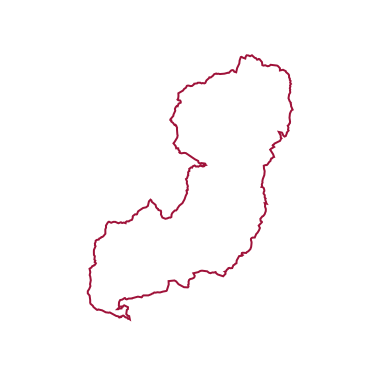 outline of Manzalesti, Buzau, Romania, rotated 230°
{"feature_id": "2599482B39900839669383", "entity_name": "Manzalesti", "entity_type": "district", "adm_level": 2, "iso_a3": "ROU", "parent_name": "Romania", "parent_adm1": "Buzau", "projection": "equal_earth", "projection_center": [26.631, 45.541], "detail": "fine", "context": "isolated", "style": "outline", "palette": "rose", "viewbox_px": 384, "rotation_deg": 230, "n_neighbors": 0, "source": "geoboundaries", "source_scale": "gbopen_adm2", "svg_char_len": 6063}
<svg xmlns="http://www.w3.org/2000/svg" viewBox="0 0 384 384"><g transform="rotate(230 192 192)"><path d="M224.3,341.5L227.1,340.3L228.6,337.5L230.3,338.9L233.1,338.8L234.2,338.4L238.9,334.0L238.9,332.5L239.6,330.9L242.1,329.5L242.8,328.1L243.9,327.4L246.6,329.1L250.4,329.1L251.1,328.5L251.1,327.6L251.5,326.9L253.5,327.0L254.5,326.3L258.2,325.8L258.7,323.8L260.3,323.0L261.6,321.7L261.2,320.2L260.0,318.6L261.8,317.5L263.7,316.8L264.0,316.1L262.2,313.1L260.0,310.8L257.9,306.2L255.3,302.8L256.9,301.7L258.6,301.9L259.4,301.3L259.9,300.3L259.6,296.8L260.2,296.3L261.8,292.9L264.4,289.2L265.8,288.1L266.4,287.0L267.2,286.7L268.0,284.7L267.6,282.7L267.7,279.9L268.7,279.0L268.3,278.1L268.2,274.8L267.0,272.3L267.2,271.4L268.6,270.2L269.1,269.1L270.5,268.5L272.0,266.6L271.9,265.8L273.5,263.3L273.2,262.9L273.2,260.3L273.9,259.1L275.8,257.7L276.5,256.7L276.6,256.2L275.8,254.4L276.0,252.2L275.5,250.3L276.4,245.0L274.2,243.3L272.5,241.5L272.1,240.3L271.1,240.5L269.8,241.7L268.7,241.6L267.7,240.8L268.3,238.5L266.9,236.1L267.7,235.6L267.4,233.9L266.6,232.3L265.0,231.4L263.2,227.6L262.3,226.6L261.6,222.3L261.2,221.7L260.1,222.2L259.4,221.4L257.1,221.9L254.6,221.7L254.3,222.4L253.3,222.2L253.1,222.6L250.7,221.8L250.1,221.1L245.4,217.7L244.7,217.5L243.2,215.7L241.6,211.0L241.2,209.1L237.6,209.0L236.8,208.5L236.2,208.6L235.6,208.0L234.3,209.5L233.2,208.8L231.2,208.8L230.9,208.7L230.6,207.8L229.8,207.8L228.4,208.8L227.0,211.2L225.7,212.3L215.1,215.3L211.8,216.7L210.4,215.9L208.9,216.3L208.2,216.8L208.3,217.6L205.5,220.2L205.1,220.3L204.5,219.7L203.7,219.9L203.8,219.6L205.0,219.0L205.0,218.4L204.0,217.8L204.1,217.4L204.7,216.6L205.9,216.5L205.9,215.8L206.9,215.2L207.4,213.0L208.3,212.5L208.9,211.4L210.6,211.1L211.2,209.0L210.6,207.8L211.4,207.2L211.5,204.7L210.5,204.2L210.3,203.6L209.7,203.3L209.9,202.5L209.5,201.6L208.4,200.9L208.1,200.3L207.2,199.9L207.0,199.0L205.8,197.2L205.8,195.7L203.4,195.0L202.0,193.6L199.1,192.6L198.4,191.5L196.4,190.2L196.8,189.3L196.6,188.7L196.0,188.7L195.6,188.1L194.3,187.5L193.2,184.9L191.2,181.6L189.6,177.5L189.7,173.6L188.8,170.3L188.4,169.9L188.1,167.9L188.9,166.9L188.6,163.6L187.9,161.9L186.1,160.1L186.2,159.1L187.1,158.1L187.7,156.1L188.6,154.4L191.5,152.9L194.8,153.8L196.4,155.4L197.7,156.1L199.8,154.7L200.9,155.1L201.4,154.8L203.2,154.7L205.6,155.8L210.3,154.9L211.7,155.5L212.8,155.3L212.5,153.0L209.7,149.3L209.8,146.9L211.2,144.3L211.7,139.9L211.8,138.2L210.3,135.5L210.5,135.0L211.5,134.1L211.6,131.5L211.3,130.8L210.4,130.1L209.3,128.2L210.2,125.5L210.1,124.7L211.5,123.1L211.5,121.9L210.8,121.1L212.4,120.1L213.2,118.5L214.5,118.1L215.4,115.5L218.5,114.0L219.7,112.5L220.4,110.3L222.6,109.3L222.8,108.1L221.6,104.5L220.0,103.3L219.1,101.6L215.7,98.8L215.1,95.6L215.2,94.4L215.7,93.6L215.5,92.5L216.0,91.0L215.5,90.0L216.5,88.3L216.6,86.9L215.6,85.9L215.0,84.5L214.0,83.9L213.6,83.4L212.5,83.3L210.7,79.7L209.4,78.5L206.8,76.4L205.3,76.3L203.0,73.8L201.5,73.8L200.9,72.4L199.2,72.6L198.6,71.0L198.9,70.0L198.7,69.4L199.3,68.0L198.8,66.4L199.1,64.2L196.0,62.6L194.1,60.2L192.8,59.8L189.4,57.7L187.0,54.7L185.2,53.7L183.8,51.0L183.0,48.4L181.3,47.0L178.5,47.0L174.6,44.5L172.6,42.8L171.5,42.4L168.7,42.9L167.2,42.6L162.9,43.4L162.3,44.0L162.3,44.7L159.1,47.1L155.3,48.6L153.0,50.7L152.6,51.6L145.7,54.3L144.3,55.5L142.6,55.6L141.9,57.0L142.5,57.1L142.0,58.0L141.8,59.4L141.3,60.1L138.7,60.5L137.8,61.4L136.0,61.5L135.1,62.3L134.4,62.5L137.3,64.1L138.6,63.3L140.8,63.2L143.6,66.3L143.5,67.6L144.9,68.9L148.8,67.2L148.9,65.3L149.5,64.5L148.7,64.7L148.8,64.2L148.1,63.2L149.5,61.3L149.6,60.2L150.2,59.5L150.3,60.9L149.9,62.0L152.1,63.0L154.1,64.9L154.7,65.7L155.4,67.5L154.4,69.4L154.1,72.1L153.8,72.5L152.6,72.4L151.7,73.0L151.1,75.0L149.0,77.6L149.1,77.9L146.6,83.3L143.7,85.7L143.7,86.3L144.1,87.3L144.0,88.3L140.8,92.2L139.8,95.3L139.7,96.5L139.3,97.1L139.3,98.5L138.3,99.4L137.4,101.1L135.6,102.9L134.3,105.9L132.8,108.5L132.7,109.3L136.1,114.7L138.8,116.8L135.5,121.7L133.7,122.4L130.0,122.4L124.2,124.7L121.6,127.5L121.8,128.5L123.4,129.4L123.6,130.3L125.5,131.7L126.5,133.2L126.5,134.7L125.6,136.3L125.1,138.1L125.3,139.2L126.0,140.2L128.9,140.8L126.6,145.3L126.2,147.6L125.3,149.1L121.4,152.7L119.5,153.0L118.0,153.9L117.2,156.0L116.2,157.0L115.5,158.6L114.3,158.3L112.3,158.7L107.4,161.7L107.8,165.1L108.8,165.7L109.2,166.5L109.8,166.2L109.5,167.4L110.1,168.8L109.9,169.9L110.3,170.9L109.9,171.8L109.1,172.2L107.9,173.9L109.3,176.6L109.0,178.0L109.2,179.1L108.8,180.2L110.8,182.2L112.6,186.9L111.0,189.3L111.0,190.3L112.3,189.9L113.2,191.0L112.9,191.8L110.5,194.3L110.7,195.4L110.4,197.0L110.7,199.9L111.9,202.0L114.1,204.3L115.3,205.4L117.5,206.4L118.3,207.2L118.4,208.1L118.2,209.0L116.8,210.8L118.5,214.1L118.7,216.0L119.6,218.7L120.8,220.9L123.4,221.5L123.9,226.1L124.4,226.4L125.8,226.0L127.5,227.1L128.1,230.2L127.8,231.1L128.2,233.2L129.9,236.2L131.6,237.7L133.8,238.5L135.2,239.8L136.7,240.5L135.1,241.7L136.3,241.9L136.7,242.3L138.5,242.9L139.6,243.6L139.7,244.2L141.1,244.2L142.8,245.7L144.8,245.8L145.8,246.9L146.3,248.1L147.5,248.9L148.9,249.5L150.5,249.2L151.2,248.5L151.8,249.7L153.0,250.4L153.9,252.1L154.9,252.7L156.3,254.4L158.5,258.3L161.3,261.1L163.7,262.2L166.0,263.9L165.4,265.6L164.6,266.6L164.6,267.7L165.3,270.1L165.4,272.2L166.2,273.1L166.7,274.3L166.3,275.0L166.5,276.6L166.1,277.4L168.8,278.4L174.2,279.1L174.3,280.5L173.7,283.9L175.8,283.7L176.0,284.1L175.8,285.4L176.1,286.2L174.6,292.4L175.6,294.4L175.6,295.0L176.9,295.1L178.1,296.2L182.2,297.1L179.8,299.0L178.8,299.0L177.7,298.5L176.3,298.3L175.0,298.5L174.6,299.8L176.2,302.7L176.6,302.9L177.0,305.5L178.1,305.7L179.4,307.3L181.3,308.0L181.2,309.0L181.3,309.8L181.9,310.5L181.8,311.2L182.8,312.3L186.2,314.4L189.1,317.4L190.3,319.8L190.6,321.3L190.4,322.0L194.1,323.1L195.2,324.0L196.3,324.3L196.6,325.0L198.9,325.2L201.8,326.2L204.3,329.1L205.0,331.1L205.6,331.6L206.8,332.3L207.2,333.0L208.6,333.6L209.6,335.2L210.5,335.5L211.2,336.8L211.2,337.3L212.6,337.4L213.7,338.9L214.9,338.9L216.1,339.9L217.2,339.9L219.1,341.4L220.4,341.6L223.3,341.1L224.3,341.5Z" fill="none" stroke="#9f1239" stroke-width="2"/></g></svg>